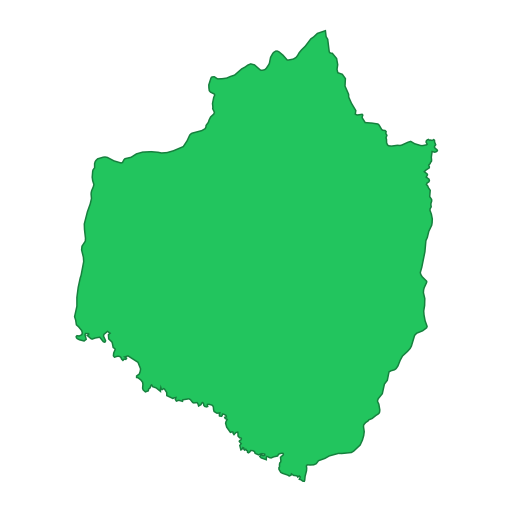 Saen Monourom, Môndól Kiri, Cambodia (Robinson projection)
{"feature_id": "14789045B8861726414707", "entity_name": "Saen Monourom", "entity_type": "district", "adm_level": 2, "iso_a3": "KHM", "parent_name": "Cambodia", "parent_adm1": "Môndól Kiri", "projection": "robinson", "projection_center": [107.168, 12.508], "detail": "fine", "context": "isolated", "style": "filled", "palette": "green", "viewbox_px": 512, "rotation_deg": 0, "n_neighbors": 0, "source": "geoboundaries", "source_scale": "gbopen_adm2", "svg_char_len": 6014}
<svg xmlns="http://www.w3.org/2000/svg" viewBox="0 0 512 512"><path d="M79.5,339.8L84.1,341.0L86.2,339.3L85.0,334.8L85.5,333.5L88.6,333.6L88.7,334.6L87.3,335.5L90.9,338.6L92.1,339.1L95.2,338.0L99.7,337.2L103.2,341.6L104.4,342.2L105.2,341.9L105.6,340.8L103.5,336.1L103.9,334.4L107.5,331.4L110.1,333.2L108.4,334.7L108.7,338.9L111.7,341.8L112.2,342.6L113.2,347.5L114.8,348.6L115.2,349.4L113.7,353.0L113.4,355.8L114.5,357.2L116.8,356.4L118.4,356.2L119.9,356.6L120.9,357.4L121.5,359.0L122.9,360.4L124.2,359.1L125.8,359.4L126.6,358.2L124.7,356.9L128.0,355.9L138.0,362.3L140.6,368.9L140.2,371.4L139.3,374.0L136.6,376.0L136.6,377.5L138.1,377.8L140.9,380.0L142.6,382.3L142.9,384.5L142.6,388.2L143.1,389.8L145.4,391.9L148.3,390.8L148.6,389.1L150.1,387.8L150.8,385.7L151.5,384.9L152.1,385.4L152.5,386.6L156.2,387.9L160.4,391.3L160.3,389.7L160.8,387.4L161.3,389.0L162.0,389.7L163.7,388.6L164.6,389.2L166.7,392.5L166.8,395.6L172.9,398.5L173.9,397.9L175.9,397.5L175.3,399.4L176.4,401.1L178.8,400.3L182.5,401.3L182.8,399.8L188.9,398.8L190.4,399.6L192.7,402.5L193.6,402.9L197.1,402.6L198.1,404.2L198.6,406.0L200.9,404.7L201.9,402.9L202.6,402.5L203.2,403.1L203.7,404.1L203.7,405.1L204.7,406.4L206.5,406.9L207.7,406.5L207.3,405.3L207.4,404.4L209.0,404.3L211.8,405.0L212.7,405.8L213.3,406.7L213.6,409.7L214.1,411.5L216.7,413.1L218.0,413.2L219.8,412.8L219.3,414.9L219.5,416.0L221.6,416.3L222.2,415.4L222.5,414.1L223.8,414.2L226.0,415.4L226.4,416.9L224.7,417.3L225.2,418.5L227.2,419.4L226.0,421.7L225.6,423.2L226.7,427.2L230.4,432.4L232.1,431.8L233.1,432.3L233.1,433.3L234.0,434.6L235.8,432.6L237.7,432.1L238.0,433.5L238.0,436.0L239.6,437.8L240.9,437.9L241.4,438.8L240.9,439.9L239.5,440.7L239.3,441.5L241.2,443.7L239.8,445.4L240.9,449.9L241.8,449.5L242.9,447.6L243.8,448.1L243.9,449.4L244.6,450.1L245.8,449.3L246.4,450.3L247.5,450.9L247.6,452.4L248.5,452.8L249.8,451.9L250.7,450.5L253.0,450.7L254.5,451.6L255.1,453.3L258.6,454.9L260.4,454.0L261.9,453.6L264.7,454.1L264.8,455.2L264.1,455.6L262.9,455.7L261.3,454.8L259.8,456.5L261.2,457.9L266.3,459.7L266.3,457.7L266.7,456.5L267.7,456.6L269.7,457.7L271.2,457.9L273.8,456.8L277.6,456.0L278.5,454.3L280.3,453.5L282.2,453.2L283.2,453.5L283.4,454.7L280.5,457.3L280.9,460.8L280.6,462.1L279.8,462.9L279.5,464.2L279.5,466.9L278.9,467.8L279.0,469.4L280.8,472.4L282.5,473.3L287.8,475.1L289.2,476.0L291.0,475.2L291.4,473.9L293.6,475.4L296.9,475.8L297.8,477.1L299.2,475.9L300.3,477.0L299.3,479.3L300.8,479.7L302.9,481.2L304.3,481.3L304.7,480.3L305.1,476.3L306.5,470.8L306.7,468.0L306.4,466.7L306.6,465.4L307.6,464.8L309.9,465.0L313.7,464.8L316.2,463.7L318.5,460.7L324.9,458.4L329.3,455.9L338.4,453.4L341.7,453.5L351.4,452.5L353.7,451.1L360.1,445.1L362.4,440.1L363.7,435.6L364.2,431.7L363.5,426.7L363.7,424.8L365.7,422.5L368.1,420.9L368.7,419.9L372.1,418.5L376.1,415.3L378.2,414.0L379.2,413.0L379.6,412.0L379.8,409.9L378.8,404.1L377.6,401.7L377.6,400.3L378.3,398.6L382.3,393.7L384.4,384.1L387.3,380.3L389.0,371.9L390.9,370.8L394.4,369.8L395.9,368.8L396.6,367.9L397.9,366.0L400.2,360.2L402.5,356.0L407.5,351.4L410.1,348.5L411.4,346.1L414.6,335.4L416.7,333.2L422.6,330.8L426.6,327.8L427.1,326.4L425.1,320.8L424.0,314.9L423.7,311.0L424.6,305.6L424.8,298.6L423.4,292.7L423.6,289.9L424.2,287.7L426.6,282.5L426.7,281.3L422.1,276.7L420.7,274.3L420.3,272.5L421.8,267.2L424.9,251.8L425.9,240.6L427.3,237.5L428.8,231.3L431.7,225.2L432.1,222.8L432.3,219.0L431.4,214.3L429.9,210.1L430.2,208.5L431.0,207.3L431.2,206.3L430.9,205.3L430.9,203.6L431.7,201.0L431.6,199.5L429.7,196.6L430.2,190.3L428.4,187.7L427.7,185.9L426.4,184.6L427.1,183.0L428.8,181.9L429.4,180.7L429.0,179.2L426.2,177.1L427.5,174.8L427.1,173.9L424.3,171.7L425.9,170.1L429.2,167.9L429.4,167.0L428.7,165.1L430.1,163.6L430.5,162.4L431.4,161.5L431.6,160.2L431.3,157.2L432.1,151.5L434.8,152.2L436.5,151.6L437.4,150.7L437.0,149.7L435.3,148.4L434.5,147.3L434.6,146.1L435.7,144.8L434.6,142.1L434.5,140.3L433.7,139.6L432.4,140.4L431.6,140.4L430.7,140.0L429.8,140.4L428.4,139.4L427.1,140.0L426.2,141.1L426.1,142.2L427.2,144.2L426.6,144.8L422.8,145.6L420.9,145.6L414.6,143.7L410.7,141.4L408.1,142.2L401.7,145.1L400.0,145.5L397.4,145.3L391.5,146.1L388.7,145.8L387.6,145.0L386.6,142.9L386.5,139.4L386.0,137.8L386.9,135.3L385.8,133.5L386.1,131.5L385.0,130.5L382.5,130.2L381.5,129.2L379.1,125.1L377.9,124.0L371.9,123.1L365.2,122.6L362.2,117.8L362.2,116.8L362.8,115.1L362.1,114.3L357.5,115.0L356.3,114.7L355.3,114.1L355.8,110.6L351.4,103.2L348.7,97.1L348.6,94.3L345.0,86.1L345.4,78.6L342.3,74.3L337.8,72.7L337.0,69.4L337.7,64.7L336.6,58.5L332.3,53.3L331.1,53.3L329.7,52.6L329.2,51.6L327.7,39.3L326.1,36.7L325.4,30.7L317.4,33.4L313.6,37.0L310.9,38.8L305.2,46.3L301.5,49.9L299.2,52.7L297.6,55.5L296.1,57.4L293.3,59.1L288.1,60.1L287.2,60.0L283.0,55.2L278.9,51.8L277.3,51.1L275.8,51.1L273.7,52.4L272.8,53.4L270.6,57.3L269.4,63.3L268.7,64.7L266.3,68.3L264.9,69.6L262.9,70.2L261.0,70.3L260.2,69.9L254.5,64.9L250.7,63.9L247.8,65.1L245.2,67.0L241.7,68.9L234.6,75.1L230.4,76.5L226.7,78.1L222.3,78.7L218.3,78.9L217.2,78.7L214.4,76.8L213.1,76.8L211.5,77.2L210.9,78.3L208.8,84.9L208.9,87.9L209.3,90.7L210.5,92.1L214.4,94.1L214.7,95.1L213.7,97.5L212.5,103.6L212.9,107.2L212.7,108.7L214.4,112.2L213.9,113.9L210.6,117.0L209.2,119.8L208.3,122.4L206.1,125.4L205.9,127.1L205.1,128.7L201.8,130.6L192.0,133.2L190.9,133.9L189.8,135.0L187.1,140.8L183.3,146.6L173.4,150.8L167.1,152.6L161.5,153.0L158.2,152.3L151.2,151.7L142.7,152.1L136.4,153.9L131.1,157.3L125.0,158.7L124.0,159.7L122.5,162.5L121.1,163.0L114.0,160.9L107.3,157.4L105.0,157.0L103.2,157.2L97.7,158.8L96.3,160.1L95.3,161.4L94.6,163.6L94.6,167.8L93.1,169.8L92.7,171.2L92.2,177.2L92.7,180.7L93.9,184.5L93.3,186.8L91.7,190.6L91.2,192.6L91.1,194.2L91.5,198.5L90.2,204.0L87.4,211.8L84.3,224.0L84.5,229.5L85.5,238.3L85.3,241.2L82.0,246.2L81.6,249.9L83.4,257.2L83.7,261.6L81.1,275.3L80.2,278.1L78.2,287.4L76.9,297.4L76.9,306.2L74.6,316.7L75.7,320.2L76.4,324.8L78.6,326.8L81.7,330.6L82.3,332.9L81.8,334.7L79.3,336.0L77.0,335.7L76.2,336.5L76.4,337.7L77.3,338.7L79.5,339.8Z" fill="#22c55e" stroke="#15803d" stroke-width="1.5"/></svg>